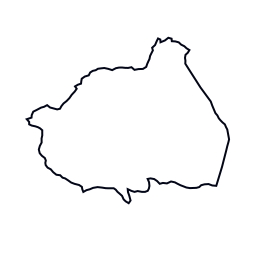 the district of Petrolândia, Santa Catarina, Brazil, rotated 75°
{"feature_id": "56859067B13644599317912", "entity_name": "Petrolândia", "entity_type": "district", "adm_level": 2, "iso_a3": "BRA", "parent_name": "Brazil", "parent_adm1": "Santa Catarina", "projection": "natural_earth1", "projection_center": [-49.688, -27.554], "detail": "fine", "context": "isolated", "style": "outline", "palette": "ink", "viewbox_px": 256, "rotation_deg": 75, "n_neighbors": 0, "source": "geoboundaries", "source_scale": "gbopen_adm2", "svg_char_len": 2094}
<svg xmlns="http://www.w3.org/2000/svg" viewBox="0 0 256 256"><g transform="rotate(75 128 128)"><path d="M67.0,152.3L67.1,156.4L68.4,159.9L70.7,161.0L73.0,161.9L73.2,165.1L74.1,168.4L76.8,167.4L79.0,170.0L81.3,173.7L84.0,176.9L86.1,180.4L87.6,183.9L89.6,186.6L91.8,188.7L91.7,191.6L90.2,194.2L88.0,198.0L85.0,200.2L85.8,203.7L85.8,206.6L86.9,211.4L87.7,215.3L90.7,217.7L93.0,218.5L93.3,223.5L96.5,221.9L98.9,222.5L100.7,220.4L102.4,217.1L103.9,214.8L105.6,213.0L108.0,211.4L110.5,212.1L112.9,212.7L115.8,214.2L119.7,215.2L122.5,217.8L125.7,219.7L129.5,219.8L132.5,218.4L135.5,216.1L138.2,215.8L140.3,216.9L142.6,217.1L145.5,215.9L147.9,213.3L151.3,211.7L154.6,209.3L156.1,205.7L159.0,204.1L160.4,201.8L163.2,199.3L166.0,197.0L168.1,194.1L170.4,190.0L172.9,187.8L175.4,188.0L178.2,187.7L177.3,184.2L177.3,180.8L176.8,177.2L177.2,172.7L178.9,168.4L180.4,165.0L181.5,161.3L182.5,157.4L184.4,155.8L186.9,154.7L189.1,153.2L192.0,151.3L195.8,150.7L198.3,149.2L200.8,146.8L198.7,144.3L193.6,144.3L189.9,144.6L187.0,144.1L189.7,140.9L191.4,138.2L191.4,135.0L193.2,131.3L194.1,128.1L193.8,125.2L191.9,123.5L189.5,122.3L185.8,121.7L182.3,122.2L182.5,119.3L184.1,115.9L186.8,113.6L190.1,111.8L190.1,108.5L191.6,104.7L190.8,100.3L192.6,96.8L194.5,94.8L196.8,92.2L198.9,89.3L200.6,87.0L202.1,83.7L202.7,81.0L203.5,77.5L203.5,74.5L202.2,72.1L202.2,68.7L203.0,64.7L205.3,61.5L206.7,57.7L189.8,47.2L174.9,38.8L171.4,36.9L167.7,34.7L165.1,33.3L155.1,32.5L152.5,33.1L149.6,33.5L147.0,35.3L144.5,36.7L142.1,37.8L139.0,38.4L136.3,39.7L128.3,40.8L123.8,41.2L107.6,47.5L87.1,54.0L80.7,56.0L77.8,55.1L75.0,54.8L72.2,53.5L70.8,50.8L68.6,48.5L66.2,50.8L63.6,52.4L61.2,55.1L58.4,56.8L56.6,59.9L55.5,63.2L53.0,62.8L51.3,65.7L53.0,69.7L53.6,74.4L50.9,73.9L49.3,75.8L51.7,77.9L54.9,80.4L56.7,83.9L59.5,83.9L61.7,85.9L64.1,88.0L66.9,89.4L68.9,91.1L71.0,92.8L73.7,94.6L74.8,98.3L73.8,102.6L73.5,106.7L70.2,108.9L70.0,112.3L69.2,115.1L68.0,118.2L67.3,121.1L67.1,124.2L68.0,128.3L65.8,131.7L63.9,135.4L63.4,138.7L63.0,141.7L63.8,144.2L63.7,147.3L64.6,150.2L67.0,152.3Z" fill="none" stroke="#020617" stroke-width="2"/></g></svg>